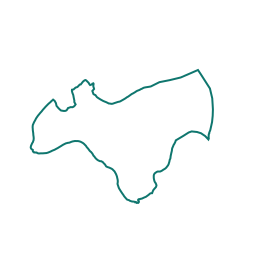 the district of Xamneua, Houaphan, Laos, rotated 144°
{"feature_id": "54806243B30579322269888", "entity_name": "Xamneua", "entity_type": "district", "adm_level": 2, "iso_a3": "LAO", "parent_name": "Laos", "parent_adm1": "Houaphan", "projection": "orthographic", "projection_center": [104.067, 20.373], "detail": "fine", "context": "isolated", "style": "outline", "palette": "teal", "viewbox_px": 256, "rotation_deg": 144, "n_neighbors": 0, "source": "geoboundaries", "source_scale": "gbopen_adm2", "svg_char_len": 5603}
<svg xmlns="http://www.w3.org/2000/svg" viewBox="0 0 256 256"><g transform="rotate(144 128 128)"><path d="M69.7,71.5L69.4,71.7L69.1,71.8L68.8,72.0L68.6,72.4L68.4,72.9L68.2,73.2L68.0,73.3L67.9,73.4L67.7,73.9L67.2,74.4L67.0,74.7L66.7,74.9L66.5,75.3L66.3,75.4L66.1,75.6L65.9,75.7L65.5,75.8L65.3,76.1L65.1,76.4L62.6,78.0L56.5,83.4L52.3,88.1L48.4,93.1L45.7,97.3L42.4,102.5L38.5,111.8L37.5,128.9L37.3,133.8L44.6,135.4L55.7,137.9L66.1,142.2L75.6,146.6L85.1,148.2L86.2,148.7L87.4,149.3L88.6,149.9L89.7,150.5L90.2,150.7L90.8,151.0L91.6,151.3L92.0,151.4L93.0,151.5L93.7,151.6L94.9,151.9L96.2,152.0L97.7,152.4L98.8,152.7L99.6,152.8L100.9,152.8L103.1,153.0L104.0,153.1L105.0,153.3L106.1,153.3L107.3,153.3L109.4,153.3L110.7,153.5L111.8,153.5L112.7,153.5L115.0,153.7L115.8,153.8L116.7,153.9L117.6,154.0L118.6,154.1L119.5,154.4L120.8,155.0L121.7,155.3L122.4,155.5L124.2,156.1L125.3,156.4L126.2,156.7L127.1,157.2L127.8,157.9L128.2,158.3L128.7,158.8L129.2,159.2L129.7,160.3L130.8,162.3L131.3,163.0L131.7,163.7L132.1,164.3L133.5,167.3L134.5,169.8L135.0,171.3L135.0,173.8L135.6,174.7L136.0,175.9L135.6,177.1L135.1,178.9L132.5,179.5L132.0,180.8L131.7,181.8L131.3,182.5L129.9,183.9L129.8,184.5L130.7,184.8L131.6,184.5L133.4,185.0L133.5,186.0L133.3,187.7L133.8,190.8L134.1,191.7L135.1,192.1L137.1,192.0L140.7,191.0L141.5,191.5L144.8,190.9L146.7,191.5L149.4,191.2L150.8,191.9L151.6,191.0L152.4,188.9L152.9,186.9L154.1,184.4L155.3,181.7L156.2,180.5L156.5,177.9L157.9,177.4L159.5,177.2L160.8,177.5L162.1,178.6L165.0,179.4L166.0,178.8L167.5,178.4L168.9,178.8L170.1,179.7L171.9,181.5L172.3,183.1L172.6,185.0L172.8,188.0L172.2,189.3L171.7,190.5L171.4,193.1L171.9,194.9L172.2,194.8L172.7,194.9L173.4,194.8L174.0,194.8L174.6,194.7L175.1,194.6L175.5,194.5L176.2,194.5L178.3,194.3L179.5,194.1L182.4,193.6L183.7,193.3L185.1,193.0L186.1,192.8L187.1,192.5L188.1,192.2L189.6,191.9L190.9,191.6L191.9,191.3L192.4,191.2L193.9,190.8L194.7,190.5L195.9,190.1L196.9,189.7L197.5,189.4L198.6,188.8L200.0,188.2L201.0,187.7L202.1,187.0L202.9,186.6L203.5,186.1L204.2,185.3L204.7,184.7L205.8,182.9L206.1,182.5L206.5,181.8L207.2,180.5L207.6,179.7L208.3,178.6L208.8,177.8L209.3,176.8L209.7,176.1L210.3,175.1L211.0,174.3L211.6,173.6L212.3,173.2L213.2,172.5L214.3,172.1L215.4,171.5L215.9,171.2L216.8,170.7L217.5,170.1L218.1,169.5L218.3,169.1L218.4,168.6L218.5,168.3L218.4,167.6L218.0,166.4L217.9,166.1L218.3,165.7L218.6,165.2L218.7,164.7L218.6,164.3L218.3,163.9L218.3,163.7L218.3,163.3L217.7,163.0L217.1,162.4L216.3,161.8L216.2,161.5L216.2,161.3L216.1,161.0L215.8,160.6L215.3,160.0L214.8,159.6L214.3,159.3L213.5,158.8L212.5,158.1L211.7,157.5L210.5,156.8L209.9,156.4L209.4,156.1L208.9,155.8L208.6,155.6L207.9,155.4L207.2,155.1L206.6,155.0L205.6,154.7L204.5,154.5L204.2,154.4L203.4,154.3L202.8,154.2L201.5,153.9L200.8,153.7L199.8,153.5L198.9,153.4L198.0,153.3L196.9,153.1L195.5,153.0L194.4,152.9L193.2,152.8L192.1,152.7L191.3,152.7L190.7,152.6L190.1,152.6L189.2,152.4L188.4,152.3L187.3,152.1L186.3,151.7L185.5,151.4L184.4,150.8L183.7,150.5L181.9,150.1L180.5,149.6L179.5,149.1L178.6,148.7L178.2,148.4L177.8,148.0L177.3,147.7L176.8,147.3L176.4,147.0L175.9,146.6L175.6,146.2L175.3,145.9L175.0,145.6L174.8,145.2L174.6,145.0L174.4,144.7L173.3,142.4L173.2,142.0L172.9,141.0L172.8,140.1L172.5,138.3L172.6,137.3L172.6,136.4L172.5,135.8L172.4,134.7L172.4,132.2L172.3,131.3L172.0,130.4L171.9,128.8L171.9,127.8L172.2,125.8L172.0,125.0L172.0,124.2L172.0,123.1L171.9,122.0L171.6,120.8L171.5,120.2L171.2,119.5L170.8,118.7L170.6,118.4L170.3,117.8L169.8,117.3L169.2,116.9L168.8,115.9L168.5,115.6L168.4,114.4L168.3,113.4L168.1,112.6L168.1,111.8L168.1,111.2L168.2,110.4L168.2,109.7L167.8,108.9L167.1,107.8L166.6,107.2L166.2,106.5L165.7,105.6L165.2,104.7L164.8,103.6L164.7,102.7L164.4,100.8L164.5,100.0L164.6,99.4L164.7,98.2L165.0,96.9L165.3,95.8L165.6,94.9L166.0,94.1L166.4,93.1L166.9,92.0L167.5,91.0L168.3,90.0L169.3,89.0L169.4,88.8L169.8,87.6L170.2,86.3L170.6,85.1L170.8,83.7L170.9,82.2L171.0,81.0L171.1,78.5L171.1,77.4L171.1,76.5L171.2,75.6L171.2,74.4L171.1,73.3L171.0,72.1L170.8,70.6L169.6,69.0L169.3,68.1L168.3,66.6L167.6,65.9L167.1,65.4L166.5,65.0L166.0,64.3L165.9,64.0L165.9,63.8L165.7,63.8L165.4,63.8L165.3,63.7L165.2,63.6L165.1,63.3L165.0,63.2L165.0,62.9L165.1,62.6L165.1,62.4L164.9,62.3L164.7,62.1L164.1,61.7L163.7,61.5L163.6,61.4L163.4,61.5L163.1,61.8L162.9,61.8L162.6,61.8L162.5,62.0L162.7,62.3L162.6,62.5L162.4,62.7L162.4,62.8L162.5,63.1L162.4,63.4L162.3,63.5L162.1,63.7L162.0,63.9L161.9,64.0L161.7,63.9L161.4,63.8L161.1,63.9L161.0,64.0L160.7,63.9L160.5,63.6L160.4,63.5L160.2,63.5L159.8,63.4L159.6,63.3L159.4,63.2L159.1,63.1L158.9,63.1L158.7,62.9L158.2,62.7L156.0,62.3L153.9,61.8L151.5,61.8L150.4,61.8L149.0,62.0L147.9,61.8L147.4,61.5L146.8,61.1L145.8,61.8L144.2,62.8L142.8,63.2L141.4,63.5L140.1,63.8L139.1,64.5L138.9,64.6L138.7,64.9L138.5,65.3L138.2,66.4L138.0,67.2L138.1,67.8L138.0,68.7L137.9,69.2L137.6,70.1L136.8,71.9L136.4,72.6L135.9,73.3L135.4,74.0L135.0,74.5L134.4,75.0L133.6,75.4L133.1,75.6L132.4,75.6L131.7,75.6L130.8,75.6L130.2,75.5L129.7,75.4L129.2,75.1L128.7,74.7L127.9,74.1L127.6,73.9L127.1,73.8L126.8,73.7L126.0,73.6L125.4,73.5L124.8,73.5L123.7,73.5L123.2,73.4L122.0,73.3L120.6,73.4L119.5,73.7L118.8,73.9L117.5,74.3L117.1,74.5L116.5,74.8L116.1,75.1L115.6,75.5L114.9,76.0L114.4,76.4L113.7,77.0L113.1,77.6L112.7,77.9L112.2,78.1L111.7,78.4L111.3,78.8L109.8,80.4L108.1,81.9L107.8,82.2L106.7,83.1L105.7,84.0L105.1,84.7L104.4,85.4L103.7,85.9L102.6,86.5L101.5,87.2L100.8,87.6L100.1,87.8L99.6,88.1L98.7,88.5L97.5,89.2L96.6,89.9L87.9,89.1L81.5,88.7L78.5,87.8L74.5,84.2L72.0,80.8L70.3,76.1L69.7,71.5Z" fill="none" stroke="#0f766e" stroke-width="2"/></g></svg>